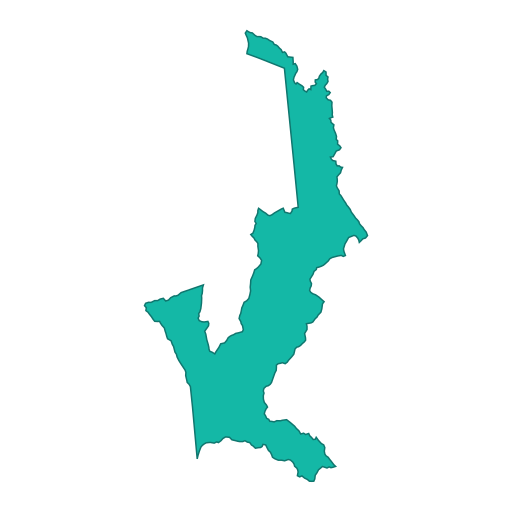 outline of Pilar de Goiás, Goiás, Brazil
{"feature_id": "56859067B30351228728682", "entity_name": "Pilar de Goiás", "entity_type": "district", "adm_level": 2, "iso_a3": "BRA", "parent_name": "Brazil", "parent_adm1": "Goiás", "projection": "robinson", "projection_center": [-49.514, -14.535], "detail": "fine", "context": "isolated", "style": "filled", "palette": "teal", "viewbox_px": 512, "rotation_deg": 0, "n_neighbors": 0, "source": "geoboundaries", "source_scale": "gbopen_adm2", "svg_char_len": 6047}
<svg xmlns="http://www.w3.org/2000/svg" viewBox="0 0 512 512"><path d="M246.9,30.7L245.3,33.1L246.2,35.3L247.4,37.9L248.6,43.2L248.5,46.7L247.9,49.0L247.2,51.3L246.9,53.7L258.1,57.8L284.4,68.2L294.0,164.3L298.2,207.3L296.3,207.7L294.2,208.2L292.3,209.1L292.0,211.1L290.4,213.5L288.6,213.2L286.6,212.6L284.9,212.3L283.2,208.2L281.0,209.2L274.5,212.9L271.9,214.8L269.9,215.7L268.0,215.2L265.7,213.2L263.0,211.6L260.4,209.6L258.6,208.3L257.9,210.3L257.8,212.8L256.9,215.2L255.3,218.4L254.9,221.4L256.2,223.5L255.0,225.3L254.8,227.4L254.1,230.2L252.9,233.2L250.8,234.5L252.3,236.4L253.9,237.9L255.1,240.2L256.6,241.6L257.9,243.4L257.9,246.4L258.5,250.7L258.2,253.8L257.7,255.8L259.8,257.7L261.6,260.3L260.9,264.0L258.2,267.2L256.3,268.8L254.7,269.8L253.7,273.1L252.3,276.6L250.8,279.9L250.6,283.3L250.2,287.1L250.6,290.9L249.9,294.5L248.8,298.5L246.7,300.8L244.1,302.3L242.9,305.5L241.8,307.9L241.3,310.7L240.7,313.5L239.8,315.4L239.1,318.6L240.8,321.6L241.2,323.6L242.5,325.6L243.3,329.7L242.4,331.7L238.6,332.8L235.7,333.4L233.6,334.7L231.4,335.5L229.7,336.5L228.2,337.7L226.7,340.4L224.6,342.9L220.7,343.8L218.9,347.4L217.4,349.6L215.8,352.0L214.8,353.9L212.1,352.2L209.8,351.3L209.0,349.2L208.8,347.2L208.2,344.5L206.8,339.8L205.8,334.2L204.7,331.2L207.0,328.0L208.5,325.8L208.8,323.4L207.9,321.4L206.1,321.7L204.1,322.0L201.7,321.7L199.2,320.6L198.1,318.1L199.1,316.1L198.7,313.6L199.9,311.8L200.8,308.6L201.5,303.0L201.7,297.9L201.5,295.7L202.2,293.5L202.5,290.7L202.5,287.9L203.4,284.9L181.1,292.6L178.1,295.2L175.9,296.0L174.2,295.9L172.6,296.7L170.7,297.7L168.5,300.1L165.7,301.0L163.3,298.3L160.1,299.1L157.7,300.6L154.7,300.6L151.1,302.4L148.5,302.3L145.6,303.3L144.5,305.7L146.3,307.7L145.9,310.6L148.0,312.2L149.5,314.3L151.5,316.8L153.1,319.3L154.7,321.3L157.4,321.5L159.6,321.4L160.5,323.2L162.1,325.5L164.3,327.9L165.2,331.2L166.0,333.5L166.8,336.6L167.6,338.8L169.4,339.8L171.1,340.8L172.3,344.3L173.6,346.6L174.2,349.0L175.0,352.1L176.4,354.2L177.1,357.0L178.8,360.4L181.0,363.9L185.1,370.1L185.9,372.4L185.7,375.6L186.3,378.2L186.8,380.3L187.2,382.4L189.1,384.3L190.4,386.6L192.2,404.1L192.5,407.0L197.2,458.9L198.0,455.4L199.4,451.0L200.9,447.1L202.3,445.4L204.4,443.8L206.2,442.8L210.2,442.4L214.2,443.1L216.8,441.9L218.4,442.6L221.0,440.7L222.8,438.6L225.6,436.9L229.5,437.3L231.9,439.8L235.7,440.7L238.0,441.3L239.8,441.6L242.7,441.6L245.0,440.7L247.3,442.1L249.8,442.6L251.5,445.0L253.0,445.9L255.4,448.2L258.2,447.7L260.6,447.5L262.1,446.5L263.0,444.4L265.7,444.9L267.3,448.2L268.5,450.5L270.4,452.2L271.7,454.9L272.5,457.2L274.7,458.7L278.3,460.2L281.6,460.2L284.6,460.8L288.2,459.5L290.4,460.0L292.8,462.1L294.1,464.2L294.6,466.2L296.9,468.2L297.7,469.9L298.1,472.0L297.4,475.7L299.7,476.9L301.9,475.9L304.6,478.1L307.3,479.4L309.4,481.2L311.9,481.3L313.8,481.2L314.8,478.9L315.2,475.3L316.8,473.0L318.5,469.8L322.5,466.5L327.0,468.0L329.2,466.9L330.9,467.7L332.8,467.3L335.6,466.4L333.8,464.7L331.0,461.0L329.6,459.3L328.2,457.3L326.1,455.9L324.9,454.2L324.3,451.2L324.8,447.6L323.7,444.9L321.3,443.5L318.2,440.1L316.2,437.3L315.3,439.3L313.2,439.5L311.5,437.4L309.7,435.7L308.7,433.5L305.6,434.5L303.6,433.2L300.7,434.0L298.9,430.8L296.3,428.4L294.6,426.2L292.5,424.4L290.4,422.6L286.6,419.7L282.1,420.3L280.4,420.8L276.8,420.7L274.1,421.9L271.7,421.4L269.8,421.3L268.7,419.3L266.7,418.4L265.4,415.5L264.3,413.9L264.9,411.4L266.2,408.7L267.5,407.1L266.5,405.1L264.3,402.4L263.4,399.1L263.3,395.7L264.0,393.1L263.3,391.0L263.9,388.4L266.1,386.3L268.3,385.7L270.2,384.3L271.5,382.5L272.5,379.6L274.9,372.8L276.2,370.4L276.4,367.8L276.4,365.1L278.2,363.7L280.4,363.3L282.4,362.7L285.2,363.7L287.3,362.1L288.5,360.3L291.8,356.7L293.8,354.2L294.5,351.3L295.0,349.0L296.7,347.2L298.6,346.7L300.6,345.4L302.2,343.7L304.4,341.8L305.6,340.2L305.5,337.9L304.6,333.5L307.0,329.5L307.0,326.3L306.4,323.7L311.0,322.9L312.8,322.0L315.2,318.7L317.0,317.1L318.1,315.1L320.9,312.2L321.8,308.9L322.5,303.8L324.1,301.7L321.5,299.4L319.1,297.2L315.6,294.8L312.9,293.8L310.8,292.4L309.6,290.4L310.2,287.9L311.2,285.9L311.5,283.6L310.3,281.2L309.9,279.2L313.0,274.3L314.0,271.4L316.3,269.5L316.7,267.6L318.9,267.1L321.4,266.2L323.4,265.2L324.9,264.0L328.3,260.9L329.7,258.8L332.1,257.5L334.7,256.8L337.7,256.0L341.2,255.4L343.3,256.4L345.4,255.5L343.9,251.3L343.5,248.8L345.0,243.8L346.3,241.7L348.6,237.5L353.9,235.4L355.9,236.0L357.8,238.2L358.8,240.2L359.3,242.4L361.4,240.4L362.7,238.9L365.5,238.0L367.5,235.6L366.2,232.1L364.1,229.5L363.0,227.6L361.2,225.8L359.6,223.9L358.8,221.6L357.2,219.7L355.5,218.0L354.5,216.4L353.2,214.6L351.3,212.1L350.2,209.4L348.1,206.6L346.8,205.2L345.6,202.9L343.9,200.5L340.9,195.6L339.3,193.9L339.1,190.9L337.2,187.8L336.4,185.8L336.9,183.8L337.3,181.2L337.2,178.9L336.9,176.9L338.8,174.6L340.5,172.8L341.3,169.9L342.5,167.4L340.6,167.1L339.3,165.9L337.2,165.9L336.0,163.9L335.8,161.2L332.7,160.5L331.3,159.1L330.4,157.1L333.1,156.7L334.7,153.9L336.3,151.0L339.5,149.8L341.0,147.7L339.6,145.7L337.6,144.3L337.7,140.8L336.2,139.4L336.5,136.4L335.6,133.5L334.0,129.8L333.4,127.7L333.9,124.8L332.4,123.6L331.0,122.3L330.8,120.1L329.4,118.4L331.1,117.7L332.8,117.1L332.2,114.8L332.4,112.6L332.1,109.0L331.8,105.7L332.0,102.2L330.5,100.3L328.1,99.8L326.2,97.8L326.5,95.8L328.8,94.6L330.2,92.6L328.8,91.2L326.8,91.3L325.7,89.2L324.3,87.2L325.3,85.2L326.7,83.7L328.0,81.5L327.6,79.1L328.0,77.0L326.1,75.4L326.0,72.0L323.8,70.6L322.7,72.5L321.1,73.8L319.4,76.2L318.8,78.3L317.4,79.6L315.3,79.9L315.2,82.1L316.4,83.7L314.8,85.4L312.7,85.6L311.0,86.1L310.8,89.6L309.1,88.8L307.7,90.2L306.6,92.0L304.8,91.0L303.3,89.7L303.6,87.3L301.9,85.7L299.4,84.2L297.1,82.6L296.0,84.0L294.6,82.8L293.4,79.9L294.0,77.2L294.8,75.5L295.7,73.4L296.9,71.7L297.7,69.4L296.9,66.2L295.2,63.6L293.2,64.2L293.2,62.2L292.9,57.4L287.8,56.8L286.8,55.0L285.9,53.2L284.6,51.9L282.5,52.4L281.1,49.6L279.4,48.1L277.8,46.2L276.2,45.0L274.3,44.5L272.8,42.0L269.8,40.6L267.4,39.0L265.3,38.2L263.2,38.2L260.8,36.7L259.0,36.6L257.0,36.6L254.9,35.3L252.3,32.9L250.2,32.6L248.4,31.7L246.9,30.7Z" fill="#14b8a6" stroke="#0f766e" stroke-width="1.5"/></svg>